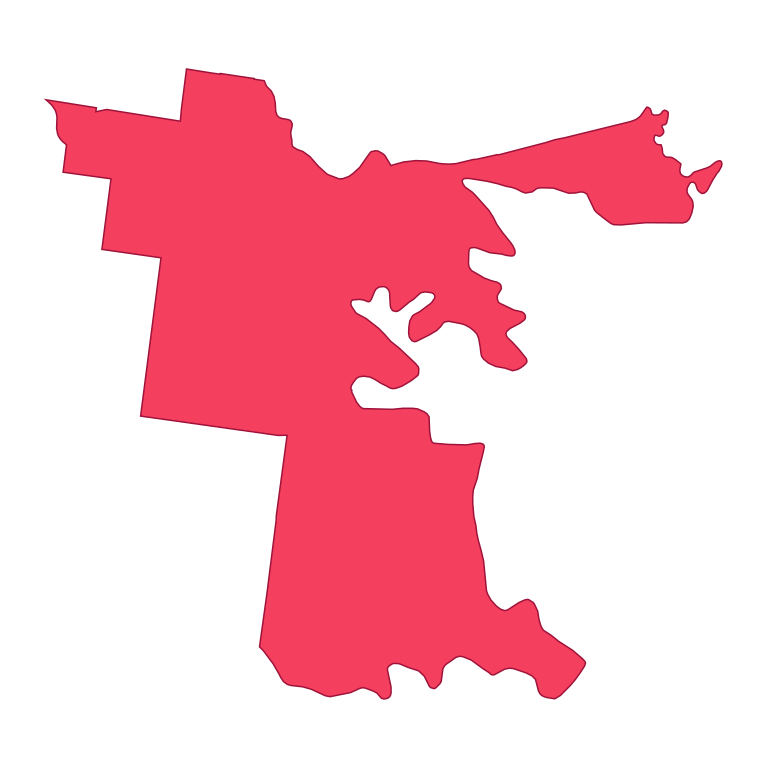 the district of Yarra, Victoria, Australia
{"feature_id": "25037944B16645516556899", "entity_name": "Yarra", "entity_type": "district", "adm_level": 2, "iso_a3": "AUS", "parent_name": "Australia", "parent_adm1": "Victoria", "projection": "equal_earth", "projection_center": [145.012, -37.805], "detail": "fine", "context": "isolated", "style": "filled", "palette": "rose", "viewbox_px": 768, "rotation_deg": 0, "n_neighbors": 0, "source": "geoboundaries", "source_scale": "gbopen_adm2", "svg_char_len": 6107}
<svg xmlns="http://www.w3.org/2000/svg" viewBox="0 0 768 768"><path d="M646.8,107.1L641.0,115.3L638.9,117.5L635.6,119.7L630.4,121.6L564.5,137.8L554.9,139.7L545.7,142.6L499.2,154.7L497.0,154.7L476.4,159.3L473.7,159.4L456.2,163.6L450.1,164.1L443.9,163.9L439.1,163.4L426.7,161.0L415.6,160.6L403.5,162.0L390.9,165.5L385.2,156.0L384.3,154.9L382.2,153.3L378.0,151.0L375.3,150.8L371.4,151.6L370.4,152.3L368.4,155.0L359.6,167.5L352.9,173.6L348.6,176.6L342.7,178.7L339.2,178.9L328.2,174.7L326.3,173.5L318.4,166.3L309.8,156.5L302.9,151.5L297.1,149.4L293.2,147.0L292.4,145.9L292.0,144.1L291.9,140.4L291.0,135.8L290.7,132.1L292.1,126.4L292.3,124.0L291.2,121.6L290.1,120.3L287.8,119.5L281.6,118.4L279.0,117.3L277.0,115.3L275.7,111.1L275.3,103.4L274.0,96.4L271.3,91.1L266.5,86.2L264.2,80.7L254.2,79.2L254.3,78.6L220.4,73.5L220.4,74.2L210.2,72.8L186.5,69.0L181.4,109.1L180.3,121.2L106.8,109.5L95.8,111.7L96.4,107.8L46.1,99.8L51.8,105.1L55.1,109.9L56.4,113.5L57.0,117.6L56.6,128.3L57.6,133.9L58.5,136.2L60.4,139.2L62.7,141.7L66.5,144.8L63.1,172.2L111.0,178.8L101.9,249.4L161.0,257.8L140.6,416.1L277.9,435.4L287.1,435.3L276.3,515.7L276.2,520.0L266.9,593.8L259.5,646.9L263.2,650.5L273.0,663.6L278.9,673.7L280.9,677.8L283.6,681.7L287.3,684.4L291.1,685.5L302.6,686.8L311.2,689.2L325.1,695.7L330.1,696.7L350.5,692.6L359.8,688.4L362.4,687.7L365.3,688.1L373.8,691.3L377.2,693.3L381.2,698.1L383.8,699.0L386.4,698.6L388.2,697.9L389.6,696.8L390.5,695.3L391.1,692.9L391.0,686.8L387.4,669.8L387.7,667.6L388.6,666.3L392.0,664.0L393.8,663.4L398.4,663.6L400.8,664.3L407.5,667.2L418.7,670.9L424.3,676.2L429.4,686.4L430.5,687.5L433.7,688.6L435.0,688.4L436.4,687.3L440.0,683.6L441.2,681.5L442.9,668.9L444.2,666.4L445.7,664.6L455.9,657.4L459.4,656.3L462.7,656.6L471.3,660.1L483.3,668.9L488.6,672.3L491.1,674.5L492.4,674.9L494.2,674.8L504.6,669.2L509.3,668.2L513.5,668.6L526.1,672.9L532.0,675.9L535.5,679.4L538.4,690.7L539.8,693.5L541.5,695.3L543.9,696.6L546.8,697.5L554.8,698.8L560.5,695.4L570.5,685.3L575.0,680.0L580.4,672.5L584.5,666.2L585.5,663.0L585.1,661.7L582.8,659.0L572.6,650.3L558.6,641.3L551.3,635.4L543.3,630.2L541.1,626.4L540.0,623.1L538.9,618.8L537.7,611.2L534.2,603.7L532.7,602.2L528.8,599.7L527.4,599.4L524.6,600.0L519.0,602.5L508.1,609.6L506.2,610.4L504.4,610.6L500.2,609.0L496.3,606.0L490.9,600.0L487.8,594.5L486.5,590.8L483.6,561.0L481.3,551.2L478.2,539.9L476.8,533.1L475.9,525.6L473.9,516.7L472.8,504.0L472.7,497.0L473.3,490.1L477.3,478.2L479.1,468.6L483.3,451.9L484.2,447.3L484.2,446.1L483.7,444.8L482.9,444.0L480.1,443.2L475.0,443.5L466.7,444.9L448.1,444.4L433.6,443.2L431.7,441.6L430.5,437.5L429.6,430.8L429.1,416.8L427.0,413.8L424.2,411.8L417.6,408.9L412.7,408.3L402.8,408.3L392.4,409.3L363.2,408.6L361.2,407.6L359.5,406.0L356.5,402.0L351.7,391.9L351.8,390.1L351.0,388.9L351.0,387.3L351.5,385.4L353.8,381.8L356.4,378.5L358.0,377.4L359.3,376.8L363.6,376.2L369.8,377.0L374.5,379.2L381.2,383.4L387.0,386.2L389.5,387.8L392.4,388.6L393.8,388.6L396.6,388.1L402.0,386.1L411.0,380.8L416.7,376.4L418.0,375.2L418.6,373.3L418.8,368.6L418.3,366.9L415.4,363.4L399.7,348.6L390.7,341.3L384.8,334.6L378.6,328.3L366.2,318.6L356.9,313.6L355.4,312.1L351.9,306.9L351.2,305.3L350.8,303.7L351.3,301.1L352.8,299.9L359.8,299.4L363.9,300.1L368.2,301.8L369.1,301.6L370.1,301.1L371.4,299.2L374.6,291.4L376.0,289.2L377.9,287.7L379.8,286.9L383.9,286.6L385.9,287.3L387.7,288.8L389.0,290.7L389.6,293.2L390.3,305.7L390.8,307.9L392.6,310.6L395.7,311.5L397.6,311.2L399.8,310.0L409.1,302.2L413.4,299.4L420.2,293.2L421.8,292.5L425.5,291.9L431.5,292.7L433.4,293.7L434.5,295.0L434.9,296.8L434.5,298.4L432.2,301.8L430.9,303.3L419.5,311.8L413.8,314.8L412.4,316.1L409.8,320.9L408.9,326.9L408.6,333.0L409.3,337.1L411.7,340.5L414.3,341.7L416.3,341.4L429.5,334.8L436.7,330.5L440.5,326.8L443.2,323.0L444.9,321.9L448.7,321.3L460.8,323.6L464.8,324.8L469.8,327.5L473.8,330.7L476.9,334.0L478.7,338.5L480.1,346.5L481.1,354.4L481.7,356.4L483.6,359.1L488.6,363.2L495.9,366.5L504.9,368.1L512.7,370.7L517.9,369.4L520.6,367.8L523.5,365.8L525.7,363.6L526.7,362.3L526.9,361.0L526.6,359.6L526.0,358.2L519.0,349.5L513.0,342.9L507.5,337.6L506.5,335.9L506.0,334.3L506.1,332.8L506.7,331.5L509.9,328.5L520.0,323.2L523.9,320.3L525.0,319.0L525.4,317.5L525.4,316.2L525.0,314.9L524.2,313.5L521.7,311.8L514.1,310.1L499.5,303.1L498.3,301.9L497.5,299.8L497.2,296.7L497.8,294.6L500.8,289.9L501.4,288.3L500.9,285.4L499.9,283.8L497.2,282.2L491.0,280.6L484.2,278.0L471.5,270.6L469.6,267.8L468.9,266.3L468.5,263.7L468.8,252.5L469.1,250.1L469.8,248.6L470.8,247.9L474.2,247.5L476.6,247.9L489.8,252.7L501.7,254.1L506.3,255.4L511.2,256.0L513.0,255.8L514.2,255.0L514.9,253.8L515.1,252.2L514.8,249.9L512.8,245.7L510.9,242.9L502.9,233.0L496.8,224.4L493.4,217.5L489.0,210.5L475.2,195.1L472.2,192.1L464.8,186.8L462.6,183.1L462.2,181.4L462.3,180.1L464.3,178.5L469.0,178.4L487.1,181.3L497.2,183.6L506.2,186.3L511.8,187.4L516.3,188.9L522.4,192.0L525.6,193.0L532.2,191.9L536.4,188.8L538.3,188.0L542.6,187.8L553.4,188.1L568.5,193.2L575.2,193.0L580.8,191.9L584.1,192.4L586.9,194.1L594.6,210.3L597.3,213.1L607.6,221.1L610.9,223.5L613.9,224.7L621.3,224.9L645.8,222.7L682.8,222.9L686.3,221.9L688.9,219.5L689.9,217.6L691.8,212.9L693.2,206.4L692.9,202.6L692.4,200.9L691.6,199.2L687.8,194.0L687.0,191.6L687.2,188.2L689.4,183.9L690.8,182.4L693.6,182.2L695.5,183.9L697.5,189.7L699.2,191.6L701.3,193.2L702.4,193.5L704.5,193.0L706.5,191.3L707.8,189.4L712.7,180.1L717.2,173.0L719.0,171.0L721.6,166.1L721.9,163.7L721.6,162.3L721.2,161.5L719.9,160.7L717.4,161.2L714.9,162.6L710.0,166.5L706.3,168.1L694.4,172.0L692.7,173.2L691.0,175.3L688.0,177.1L684.1,176.5L682.3,175.5L680.6,173.8L679.9,171.3L679.9,169.4L680.9,163.9L675.2,159.4L671.7,157.4L666.1,157.0L664.7,156.2L662.7,153.5L662.3,149.0L661.2,144.9L657.9,144.6L656.1,143.7L654.1,140.5L654.0,138.6L654.7,135.6L655.9,135.1L658.8,136.2L660.2,136.1L662.4,134.6L663.7,132.6L663.6,130.4L662.1,127.0L662.0,125.7L662.5,125.1L665.1,124.6L666.5,123.3L667.9,117.6L668.3,113.1L667.9,111.9L666.4,110.8L664.4,110.2L662.6,111.3L660.8,113.8L658.5,115.0L654.0,115.1L651.9,113.9L650.9,110.4L650.1,108.8L648.6,107.6L646.8,107.1Z" fill="#f43f5e" stroke="#9f1239" stroke-width="1.5"/></svg>